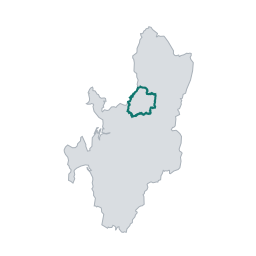 where Vinnytsya sits in Ukraine, rotated 101°
{"feature_id": "UKR-323", "entity_name": "Vinnytsya", "entity_type": "Region", "adm_level": 1, "iso_a3": "UKR", "parent_name": "Ukraine", "parent_adm1": "", "projection": "natural_earth1", "projection_center": [28.815, 48.941], "detail": "fine", "context": "in_parent", "style": "outline", "palette": "teal", "viewbox_px": 256, "rotation_deg": 101, "n_neighbors": 0, "source": "natural_earth", "source_scale": "10m", "svg_char_len": 7814}
<svg xmlns="http://www.w3.org/2000/svg" viewBox="0 0 256 256"><g transform="rotate(101 128 128)"><path d="M174.3,166.9L177.2,170.7L179.6,172.6L180.7,172.7L183.9,171.4L186.1,171.8L187.9,170.6L192.6,171.5L191.3,173.9L190.7,176.4L184.5,177.3L182.2,175.8L179.8,175.9L178.5,177.7L176.2,178.9L175.4,180.3L171.1,180.2L168.2,181.5L166.0,184.2L163.6,185.9L161.7,186.5L158.7,185.8L156.2,184.0L158.0,178.7L157.3,175.9L155.4,174.5L153.0,174.4L149.8,172.2L146.2,172.5L145.0,171.3L152.3,166.2L153.9,166.0L158.4,163.3L157.5,161.0L155.6,161.6L152.9,159.9L144.4,161.2L139.3,158.6L136.9,158.3L136.3,157.7L138.7,157.1L138.9,156.1L135.5,155.5L133.6,154.3L143.0,155.4L145.5,153.4L142.9,154.1L140.3,153.6L139.3,153.0L138.1,150.9L138.0,147.9L136.8,145.3L135.9,144.5L137.7,148.8L137.3,152.8L133.3,152.6L133.7,151.0L131.8,153.2L128.7,153.2L124.8,154.3L123.2,158.5L118.1,164.5L113.5,166.5L111.9,166.1L111.2,166.6L110.9,168.4L111.7,169.3L112.4,172.2L112.1,173.5L110.5,171.8L108.6,171.1L106.5,171.3L102.6,173.0L101.3,172.7L101.4,173.6L101.0,173.9L97.4,173.0L95.8,172.2L94.6,170.6L95.8,169.9L98.0,169.6L97.9,167.4L100.7,164.7L100.8,163.4L103.2,161.7L103.9,159.9L103.0,157.1L103.3,155.7L106.0,154.7L106.2,156.9L106.8,156.7L107.4,155.6L111.0,156.6L112.1,155.8L113.6,157.3L116.4,156.9L117.0,156.2L114.6,154.5L114.8,151.8L114.0,150.2L110.5,148.2L109.8,145.8L110.1,143.7L108.3,142.8L105.4,140.4L106.3,136.2L106.1,134.6L105.3,133.4L102.9,133.6L101.2,131.2L98.4,130.7L97.6,131.6L97.2,130.7L96.2,130.8L96.3,129.8L95.6,129.4L93.3,129.1L92.7,128.2L90.2,126.8L87.1,125.9L85.4,126.8L84.6,126.5L83.4,127.4L79.0,127.2L76.3,129.1L72.7,129.9L72.4,131.2L71.0,133.0L62.9,134.2L59.5,135.5L58.4,136.7L56.3,137.1L52.7,133.9L51.6,133.7L48.1,134.3L42.2,133.0L39.2,133.1L36.1,131.6L35.1,132.8L33.0,133.7L32.8,132.5L31.8,131.3L29.7,130.9L29.0,129.9L27.1,129.1L26.0,126.9L24.6,126.9L24.8,124.5L26.6,122.8L29.6,117.1L33.0,117.6L33.1,117.0L31.5,115.7L31.9,113.9L31.0,110.3L31.7,109.3L35.6,105.1L43.5,98.1L46.5,97.6L47.9,95.8L47.9,94.6L46.7,92.1L48.1,91.3L48.0,90.9L46.8,89.9L45.5,87.2L43.3,84.5L43.5,83.3L42.7,81.5L42.8,80.2L44.9,79.8L46.6,80.5L48.7,79.4L51.4,76.4L59.4,75.5L69.0,75.8L78.6,77.8L82.8,78.1L84.5,80.3L87.9,80.3L88.9,80.7L89.1,82.1L90.9,80.4L92.6,80.9L94.5,80.2L99.2,81.1L99.8,82.4L100.7,82.7L102.1,81.2L104.9,79.9L107.7,83.5L110.0,82.7L116.9,82.1L118.6,83.2L118.9,84.3L121.3,85.2L122.3,83.9L121.1,80.4L121.7,79.0L123.6,76.0L126.1,73.9L132.8,73.0L139.0,73.8L140.8,72.9L141.7,70.6L142.5,70.1L146.7,70.9L150.5,69.6L157.1,69.5L159.2,70.9L161.5,74.8L164.8,77.7L164.6,78.6L161.7,79.2L161.6,79.7L162.6,81.0L163.0,83.7L163.6,84.1L162.9,85.3L166.0,85.6L168.6,86.5L172.6,86.1L173.7,88.1L175.4,88.4L175.5,89.7L177.0,93.0L176.5,94.7L176.8,95.7L178.9,98.2L179.9,98.5L182.3,97.2L184.9,97.6L187.1,99.5L189.3,99.5L190.7,100.5L192.3,99.3L199.8,97.6L201.7,99.3L202.0,100.4L203.2,102.0L207.2,104.8L208.3,104.5L208.6,103.2L209.5,102.8L211.8,104.1L214.0,104.3L217.2,106.1L220.1,105.7L221.7,107.4L223.5,107.6L227.3,109.8L230.7,109.8L230.6,111.9L231.4,112.8L231.3,114.5L228.9,117.3L226.6,118.1L227.4,119.5L230.2,120.4L230.4,120.8L228.0,121.0L227.0,122.0L226.4,124.2L228.7,124.9L229.4,127.6L229.0,128.5L230.3,129.0L228.0,135.2L217.4,135.3L215.4,137.8L212.3,138.7L211.4,139.4L210.6,142.9L211.5,143.6L210.7,145.1L210.9,146.3L203.1,146.6L200.8,148.9L197.4,149.5L194.6,151.9L193.3,151.2L191.8,151.2L188.6,152.7L185.6,152.6L183.3,153.2L178.5,156.8L176.3,160.0L174.1,160.9L177.1,158.3L177.2,157.0L176.5,155.9L174.6,158.5L172.1,159.7L172.3,162.7L174.3,166.9ZM140.6,160.2L133.8,158.7L133.1,156.9L134.6,158.4L140.6,160.2Z" fill="#d9dde1" stroke="#a8b0b8" stroke-width="1"/><path d="M88.0,126.3L87.8,126.2L87.7,125.8L87.2,125.9L87.0,126.0L86.6,126.0L86.5,125.8L86.2,124.9L86.1,124.4L85.8,124.0L85.5,123.8L85.0,123.7L85.3,122.9L85.4,122.5L85.4,122.2L85.4,121.9L85.4,121.7L85.6,121.6L85.6,121.3L85.5,121.1L85.4,120.9L85.4,120.0L85.3,119.6L85.1,119.3L85.1,119.2L85.3,119.0L85.4,118.9L85.4,118.7L85.2,118.5L85.2,118.4L85.3,118.2L85.8,117.6L85.9,117.3L86.2,117.2L86.3,116.9L86.5,116.5L86.6,116.4L86.9,116.4L87.4,116.4L87.5,116.4L87.7,116.0L87.8,115.9L88.2,115.9L88.4,116.0L88.7,116.2L89.1,116.3L89.4,116.5L89.5,116.5L89.8,116.5L90.0,116.2L90.4,116.0L90.9,116.0L91.0,115.9L91.0,115.5L91.0,115.4L90.9,115.2L90.7,114.9L90.7,114.7L90.8,114.4L90.9,114.2L90.7,113.8L90.6,113.7L90.6,113.4L90.3,113.3L90.3,113.2L90.2,113.1L90.1,112.8L90.1,112.7L90.5,112.4L90.5,112.1L90.4,112.0L90.3,111.9L89.6,111.9L89.4,111.8L89.3,111.7L89.6,111.4L89.2,111.1L89.2,110.9L89.2,110.7L89.3,110.5L89.6,110.5L89.8,110.5L89.9,110.4L89.9,110.2L89.7,110.0L89.7,109.9L89.8,109.8L90.2,109.2L90.2,108.8L90.1,108.7L89.9,108.6L89.6,108.4L89.5,108.2L89.7,107.9L90.0,107.9L90.4,107.7L90.5,107.6L90.2,107.4L90.5,107.3L90.8,107.1L91.9,107.0L92.6,107.1L93.0,107.0L94.0,106.8L95.1,106.8L95.4,106.7L95.6,106.7L96.2,106.9L96.4,106.9L96.6,106.9L96.8,106.8L97.1,106.4L97.3,106.4L98.3,106.4L98.7,106.6L98.9,106.7L99.1,106.7L99.6,106.5L100.5,106.6L100.8,106.3L101.0,106.0L101.2,105.9L101.5,105.7L101.8,105.4L102.6,105.4L102.8,105.4L102.8,105.5L102.7,105.6L102.8,105.7L102.8,105.8L103.0,105.9L103.1,106.0L103.1,106.4L103.1,106.6L103.3,107.0L103.8,107.4L103.8,107.5L103.3,108.1L103.2,108.3L103.5,108.5L103.6,108.8L103.7,109.0L103.8,109.1L103.7,109.1L103.6,109.3L103.6,109.5L104.1,109.6L104.5,109.6L105.3,109.7L106.5,109.6L106.8,109.7L106.9,109.3L107.0,109.3L107.2,109.2L107.7,109.2L107.8,109.2L108.1,109.1L108.5,108.7L108.9,108.7L109.5,108.8L109.7,109.0L109.5,109.4L109.5,109.7L109.5,109.8L109.6,110.0L110.2,110.4L110.3,110.4L110.3,110.6L110.3,110.8L110.2,110.9L110.0,111.0L110.3,111.6L110.3,111.9L110.3,112.0L109.7,112.5L109.5,112.9L109.8,113.2L109.8,113.3L109.8,113.5L110.2,113.7L110.5,113.7L110.6,113.8L110.8,114.1L111.0,114.4L111.1,114.6L111.6,114.6L111.8,114.9L111.5,115.1L111.8,115.4L112.0,115.5L111.9,115.8L111.9,116.2L111.9,116.3L111.6,116.5L111.6,116.8L111.5,117.0L111.3,117.0L110.8,117.3L110.7,117.5L110.6,117.8L110.8,118.0L111.3,118.0L111.5,118.2L111.6,118.4L111.5,118.5L111.4,118.5L111.2,118.8L111.1,119.0L111.4,119.1L111.5,119.3L111.8,119.3L112.0,119.5L112.1,119.8L111.9,119.9L111.9,120.0L112.0,120.3L112.4,120.4L112.4,120.6L112.6,121.5L113.2,121.7L113.5,121.6L113.8,121.9L114.0,122.0L113.8,122.2L113.7,122.4L113.7,122.5L113.8,122.8L114.2,123.0L114.7,123.2L114.8,123.2L114.8,123.3L114.9,123.8L115.1,124.3L115.3,124.5L115.5,124.8L115.6,125.0L115.5,125.3L115.4,125.4L115.2,125.6L114.9,125.9L114.8,126.1L115.0,126.2L115.6,126.0L115.8,125.9L115.9,126.0L116.2,126.2L115.9,126.5L115.4,126.7L115.1,127.0L114.9,127.3L114.7,127.4L114.5,127.0L114.4,126.8L114.4,126.7L114.2,126.5L113.8,126.7L113.3,127.3L112.8,127.7L112.8,127.8L112.8,128.1L112.6,128.6L112.4,128.8L112.4,129.0L112.9,129.2L112.9,129.4L112.9,129.5L112.7,129.8L112.8,129.9L112.1,130.2L111.9,130.3L111.7,130.2L111.6,130.3L111.5,130.5L111.8,130.8L111.9,131.0L111.7,131.6L111.4,131.5L111.2,131.6L110.6,131.6L109.7,131.6L109.0,131.2L108.8,131.2L107.7,131.6L106.7,131.7L105.8,131.4L105.7,131.3L105.6,131.2L105.4,131.1L105.1,130.8L104.9,130.8L104.4,130.9L104.3,131.0L104.4,131.5L103.9,131.9L103.6,132.2L103.4,132.4L102.4,132.8L102.2,132.9L102.0,132.6L101.9,132.5L101.8,132.1L101.6,131.7L101.6,131.4L101.2,131.1L100.8,131.0L100.0,131.0L98.9,130.6L98.5,130.6L98.3,130.7L98.1,131.3L98.0,131.6L98.0,131.8L97.9,131.9L97.8,132.0L97.6,131.8L97.4,131.7L97.1,131.1L97.3,130.9L97.3,130.7L97.2,130.5L97.0,130.4L96.8,130.4L96.6,130.6L96.5,130.8L96.3,131.0L96.1,131.0L95.9,130.9L95.9,130.7L96.0,130.5L96.2,130.3L96.3,130.2L96.5,130.1L96.5,129.8L96.5,129.5L96.4,129.4L96.2,129.4L95.7,129.4L95.3,129.7L95.0,129.8L94.8,129.8L94.6,129.8L94.5,129.6L94.4,129.3L94.3,129.1L94.1,129.1L93.8,129.4L93.6,129.4L93.3,129.4L93.2,129.3L93.4,128.7L93.2,128.3L92.9,128.2L91.9,128.1L91.4,127.9L91.2,127.6L90.7,127.0L90.5,126.9L89.8,126.4L89.4,126.3L88.0,126.3Z" fill="none" stroke="#0f766e" stroke-width="2"/></g></svg>